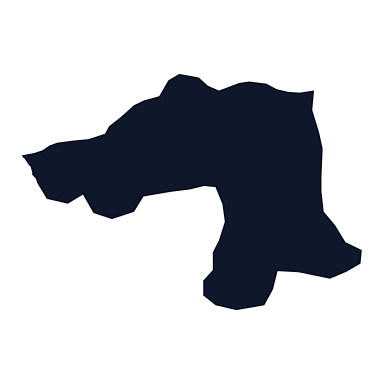 Tsakistra, Nicosia, Cyprus (Robinson projection)
{"feature_id": "46923920B65404005365686", "entity_name": "Tsakistra", "entity_type": "district", "adm_level": 2, "iso_a3": "CYP", "parent_name": "Cyprus", "parent_adm1": "Nicosia", "projection": "robinson", "projection_center": [32.721, 35.001], "detail": "fine", "context": "isolated", "style": "filled", "palette": "ink", "viewbox_px": 384, "rotation_deg": 0, "n_neighbors": 0, "source": "geoboundaries", "source_scale": "gbopen_adm2", "svg_char_len": 962}
<svg xmlns="http://www.w3.org/2000/svg" viewBox="0 0 384 384"><path d="M313.2,91.4L299.9,93.4L288.6,92.7L276.6,90.0L266.1,84.4L249.2,82.3L239.3,83.7L218.9,91.4L207.6,86.5L198.4,78.2L179.4,74.7L168.9,80.9L159.7,96.9L144.2,101.1L134.3,105.9L126.6,112.9L120.3,118.4L109.7,126.7L105.5,134.4L88.6,139.9L73.8,141.3L57.6,143.4L49.8,146.2L42.8,151.0L34.3,153.8L23.0,155.9L23.7,157.1L24.7,157.5L29.8,165.0L31.1,165.6L33.0,172.3L32.9,174.3L36.4,178.1L36.6,178.5L38.1,182.9L47.3,198.2L67.7,202.9L83.2,193.5L94.0,212.4L111.9,218.3L133.5,211.2L143.0,195.8L170.5,191.1L189.7,188.7L204.0,185.2L216.0,186.4L223.2,204.1L225.6,221.8L219.6,240.7L213.6,252.5L213.6,270.3L204.0,280.9L204.0,295.1L216.0,304.6L236.3,309.3L263.8,304.6L272.2,289.2L277.0,270.3L298.5,271.5L329.9,277.9L346.0,271.1L359.8,263.1L361.0,250.6L344.9,242.7L334.5,225.7L323.0,212.0L320.7,191.6L320.7,176.9L321.9,148.6L318.4,132.8L311.5,110.2L313.2,91.4Z" fill="#0f172a" stroke="#020617" stroke-width="1.5"/></svg>